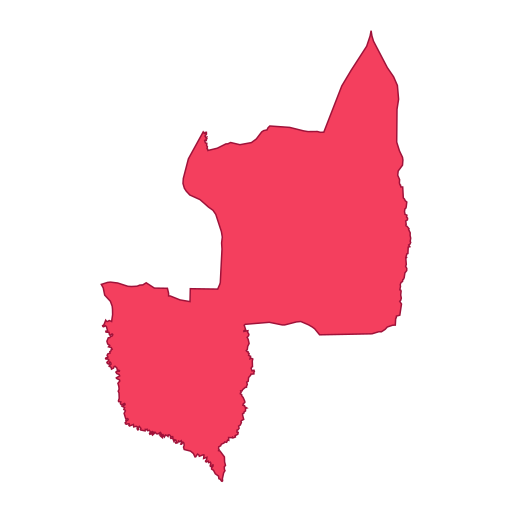 outline of Sida, Nakhon Ratchasima, Thailand
{"feature_id": "78962969B50986245619578", "entity_name": "Sida", "entity_type": "district", "adm_level": 2, "iso_a3": "THA", "parent_name": "Thailand", "parent_adm1": "Nakhon Ratchasima", "projection": "robinson", "projection_center": [102.538, 15.566], "detail": "fine", "context": "isolated", "style": "filled", "palette": "rose", "viewbox_px": 512, "rotation_deg": 0, "n_neighbors": 0, "source": "geoboundaries", "source_scale": "gbopen_adm2", "svg_char_len": 6121}
<svg xmlns="http://www.w3.org/2000/svg" viewBox="0 0 512 512"><path d="M188.4,158.8L183.3,178.5L183.0,183.5L184.4,188.3L186.3,191.2L189.8,195.0L200.0,199.6L208.5,207.1L213.0,210.3L215.8,214.4L221.4,231.6L222.3,237.1L221.6,243.0L222.0,249.0L220.3,282.5L219.8,284.3L217.7,289.1L190.3,288.7L190.0,301.6L180.0,299.9L170.3,296.0L168.6,295.9L168.6,293.3L167.4,288.3L154.4,288.1L146.2,282.8L142.8,284.9L139.8,285.1L137.1,286.2L131.5,286.5L127.9,286.3L117.7,283.0L110.5,282.1L107.6,282.4L101.3,284.4L103.2,287.8L104.7,295.1L110.4,301.3L112.2,306.2L112.5,309.2L112.6,314.7L111.6,321.5L109.2,320.5L107.8,321.5L106.5,321.3L105.7,320.2L103.9,324.8L102.6,325.7L102.9,326.5L103.7,326.8L105.5,325.7L106.5,326.9L107.6,330.8L105.8,331.2L106.0,332.1L109.0,332.4L109.4,334.6L110.0,335.2L111.9,334.0L112.5,334.1L112.8,334.8L112.0,336.1L110.5,336.6L109.8,337.6L108.3,337.8L106.9,341.2L107.7,344.0L109.7,345.3L108.5,346.8L111.3,347.6L112.1,349.2L111.2,349.4L111.1,350.7L109.8,351.7L110.1,353.0L107.7,354.0L107.1,355.4L107.9,356.9L107.7,357.5L106.0,357.8L105.6,358.6L106.0,359.1L107.4,359.0L108.7,359.6L108.3,361.0L106.9,362.3L107.4,363.5L109.0,364.2L109.9,361.9L110.9,363.0L111.0,364.3L109.1,366.1L111.1,367.3L111.5,369.1L113.5,368.1L114.2,366.5L115.1,366.3L116.8,367.9L117.5,370.4L118.8,370.2L119.5,370.8L119.3,371.3L116.5,371.4L115.9,372.1L116.8,373.6L119.2,374.6L119.7,375.9L116.3,377.8L116.5,378.4L119.5,379.9L119.8,381.0L117.9,383.3L118.8,386.3L119.1,389.2L118.2,391.2L119.0,392.9L119.2,398.3L118.4,401.0L118.8,401.7L120.8,401.9L120.4,403.7L121.5,405.0L124.4,403.4L125.1,404.1L125.0,404.7L122.3,406.4L124.6,407.5L123.8,409.5L125.1,410.2L125.4,410.9L124.1,413.3L125.7,418.7L126.1,419.1L127.2,418.5L128.2,419.2L127.6,420.4L125.9,420.5L126.2,421.9L125.2,422.6L125.5,423.8L126.3,424.2L129.0,423.7L129.3,424.3L128.9,425.4L129.5,426.0L133.4,424.5L133.7,426.9L136.3,426.3L137.3,426.8L137.1,428.8L137.8,429.9L138.3,429.7L138.5,427.3L139.3,426.4L140.9,428.3L140.3,429.3L140.7,430.0L145.1,430.9L145.3,429.4L146.2,429.8L147.0,429.2L147.7,430.7L149.3,430.3L150.6,432.1L149.5,433.3L149.9,434.3L151.2,433.8L151.4,432.0L152.1,431.6L152.6,433.0L152.0,434.2L152.5,435.1L153.8,433.9L153.1,432.9L153.3,432.2L154.4,433.2L155.0,432.2L156.5,433.8L158.0,433.9L160.4,432.4L161.1,433.4L160.1,433.8L159.8,434.9L162.3,434.7L160.7,436.2L162.5,437.7L162.7,436.2L163.3,435.4L164.4,437.0L165.4,435.0L166.2,435.5L167.0,435.2L168.0,436.4L168.6,434.9L169.5,434.9L170.3,435.7L170.6,437.8L171.6,436.6L172.7,436.6L172.9,437.8L172.0,438.5L173.7,439.4L173.5,440.4L174.0,441.5L175.1,439.8L176.0,440.2L176.3,442.0L175.5,442.6L175.9,443.2L177.8,442.7L178.6,441.0L179.8,441.8L181.2,440.7L181.7,442.1L180.8,444.1L181.6,444.2L183.0,442.2L183.8,442.9L184.2,445.3L183.5,447.1L184.2,449.5L190.5,451.1L193.4,453.5L195.0,456.9L195.7,456.8L197.5,454.1L198.9,455.0L199.3,456.3L203.2,454.8L204.0,455.0L203.6,458.5L206.9,457.3L206.6,459.7L205.6,460.9L205.6,461.6L206.4,462.0L208.1,461.1L208.8,462.7L210.4,462.2L210.9,463.5L210.2,465.4L210.4,466.4L211.6,466.5L212.4,465.0L213.1,465.0L213.0,466.1L211.6,467.8L211.6,469.1L213.5,470.3L215.3,473.8L218.5,476.1L218.9,478.7L220.3,479.3L221.5,481.1L222.1,481.3L222.6,480.8L222.4,478.6L223.7,472.7L225.0,470.7L224.4,469.3L224.3,466.8L225.5,465.4L224.6,462.0L224.4,456.9L219.9,450.9L218.6,450.6L219.1,449.5L218.6,448.9L218.7,446.8L220.7,445.8L221.3,444.2L224.0,443.0L224.7,442.0L226.6,442.3L227.6,440.1L228.8,440.4L228.6,437.5L231.7,437.7L232.4,437.2L232.6,437.9L233.1,437.9L235.4,437.0L235.2,435.6L237.8,434.3L238.2,432.4L237.0,432.1L237.1,430.0L238.1,429.7L239.1,428.3L238.6,426.1L240.3,425.0L241.4,422.5L241.0,421.6L241.4,420.6L243.7,419.4L242.6,415.2L242.6,413.7L243.9,413.1L244.0,412.1L245.5,410.9L245.5,408.4L246.8,408.0L244.5,406.6L244.5,405.6L242.9,405.2L243.3,403.7L244.8,402.5L244.8,401.4L243.2,397.6L241.7,395.7L241.7,394.7L240.3,393.8L240.3,393.2L241.1,392.4L240.7,390.9L242.0,390.9L242.6,389.7L245.1,387.5L246.5,387.2L246.5,386.2L247.3,384.5L246.7,382.1L248.2,381.3L248.6,377.5L250.6,375.3L250.9,374.2L253.9,373.9L253.9,372.2L254.4,371.4L253.9,370.2L252.1,370.9L251.1,368.3L251.6,367.2L252.5,366.7L252.3,361.0L252.8,359.0L251.5,358.3L250.0,358.8L250.6,356.3L248.6,355.4L249.1,353.5L248.2,352.9L248.1,351.8L246.9,351.5L246.2,350.7L247.3,349.4L247.7,346.3L249.1,343.5L248.2,339.4L247.1,337.3L248.6,335.7L248.9,334.3L247.6,332.2L247.9,330.7L243.9,331.4L244.0,330.6L245.7,329.9L244.2,325.2L245.3,324.3L269.3,322.3L282.1,324.9L284.8,324.9L296.5,321.9L300.8,321.5L308.5,324.8L312.3,327.0L314.7,328.8L319.6,334.8L372.0,333.8L378.9,331.7L381.4,331.8L385.1,329.4L387.3,327.0L392.7,325.2L395.3,325.1L395.7,318.3L396.3,317.8L396.4,316.1L399.8,315.2L401.5,304.0L399.7,301.3L400.7,300.3L401.3,298.1L400.7,295.0L401.1,291.1L400.7,290.1L399.8,289.8L400.5,286.4L400.2,284.7L401.0,282.5L402.5,281.5L402.8,279.6L403.5,279.2L404.2,277.6L404.9,272.9L406.7,270.6L406.8,268.5L405.6,266.2L406.3,264.6L405.8,258.5L406.5,257.5L405.8,257.4L406.9,253.8L407.9,253.5L408.2,247.1L409.8,246.7L408.7,245.0L410.0,244.1L410.7,242.3L410.2,241.5L410.7,238.1L410.1,235.4L410.2,232.9L408.6,229.4L409.0,228.8L407.1,226.4L406.2,226.0L405.8,225.0L406.2,224.4L405.7,221.0L407.4,219.9L407.6,218.7L407.5,218.0L406.5,217.1L406.9,215.2L405.0,214.3L404.5,211.5L404.9,208.9L405.8,208.2L406.2,207.0L406.8,202.0L405.2,200.7L404.5,199.1L403.3,197.9L402.7,187.0L400.8,186.9L400.5,185.0L399.9,184.8L399.4,182.9L399.6,179.7L397.7,175.2L398.2,171.0L402.5,165.2L402.9,160.1L402.5,157.3L399.5,151.0L396.7,142.1L397.0,109.3L398.6,99.2L397.4,85.5L393.6,76.8L387.3,67.6L373.5,41.2L371.9,35.8L371.1,30.7L370.1,36.0L366.7,46.2L351.2,70.2L341.8,85.9L323.8,132.2L320.2,132.3L317.4,131.5L308.0,131.6L303.7,130.9L289.7,127.4L269.8,126.0L268.0,127.8L267.0,129.9L263.7,130.6L261.7,131.9L256.3,139.0L251.4,142.6L239.9,144.7L230.6,142.5L227.9,143.8L225.9,143.9L217.3,148.2L207.9,150.5L207.7,149.2L207.0,148.7L207.4,146.6L206.6,145.7L206.8,143.3L205.5,143.0L204.6,140.7L204.9,140.3L206.3,140.5L206.1,139.1L206.9,138.7L206.5,138.0L206.8,137.1L205.8,137.4L205.0,136.0L206.5,134.1L206.4,132.3L205.3,132.4L205.4,133.3L204.4,133.5L203.2,131.9L188.4,158.8Z" fill="#f43f5e" stroke="#9f1239" stroke-width="1.5"/></svg>